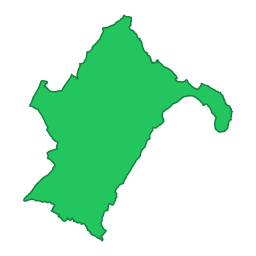 Chocontá, Cundinamarca, Colombia
{"feature_id": "7082276B4059288280821", "entity_name": "Chocontá", "entity_type": "district", "adm_level": 2, "iso_a3": "COL", "parent_name": "Colombia", "parent_adm1": "Cundinamarca", "projection": "mercator", "projection_center": [-73.685, 5.113], "detail": "fine", "context": "isolated", "style": "filled", "palette": "green", "viewbox_px": 256, "rotation_deg": 0, "n_neighbors": 0, "source": "geoboundaries", "source_scale": "gbopen_adm2", "svg_char_len": 5717}
<svg xmlns="http://www.w3.org/2000/svg" viewBox="0 0 256 256"><path d="M104.7,27.9L103.5,27.7L102.9,28.2L102.8,29.3L103.3,30.4L103.3,31.7L100.6,36.8L100.1,38.9L98.2,40.8L96.7,42.7L93.3,45.9L92.5,47.1L92.1,47.3L92.2,48.5L90.9,50.4L89.5,51.5L88.9,51.8L88.4,51.7L88.1,51.9L87.4,51.9L87.0,52.3L86.5,56.4L86.6,57.1L85.8,59.2L84.8,60.4L83.7,62.8L82.1,63.6L79.8,63.8L80.1,65.5L79.7,67.3L78.3,69.5L78.2,70.7L77.7,71.9L77.1,74.9L77.1,75.7L77.6,76.7L77.4,77.4L77.8,78.3L77.5,78.8L76.4,78.0L75.7,77.0L74.0,76.5L71.7,74.6L70.8,76.9L68.7,80.1L64.0,86.5L63.4,87.8L63.0,88.2L62.4,89.7L61.7,90.7L61.3,90.9L59.1,90.8L55.1,91.8L50.8,91.4L49.8,91.0L45.9,86.9L44.4,86.1L45.9,83.8L46.8,83.6L47.0,83.3L47.3,82.4L47.2,81.9L46.1,81.3L42.5,80.7L41.9,80.8L40.9,81.8L39.7,85.6L38.3,88.5L34.8,94.9L33.2,97.2L32.7,99.2L31.2,103.1L29.8,105.4L29.8,105.9L32.3,106.4L35.2,108.4L37.4,109.1L38.0,109.5L40.1,113.0L41.8,115.3L42.6,117.0L43.3,117.8L43.5,118.9L44.9,121.1L45.1,122.4L46.4,124.9L47.3,126.2L47.8,128.0L46.8,129.5L46.7,129.9L47.9,131.3L51.0,136.4L51.4,136.7L52.0,137.0L52.4,137.4L52.4,138.5L55.9,141.5L57.3,141.8L58.0,142.3L56.8,145.7L56.8,147.2L57.2,148.8L49.3,151.3L47.1,153.1L48.1,155.3L48.2,156.0L47.6,157.7L47.9,158.6L49.2,158.9L50.2,159.6L53.9,163.2L54.9,165.1L54.8,165.8L53.0,168.0L52.8,169.5L50.7,172.0L47.6,175.2L44.3,177.0L41.4,179.4L40.5,180.6L37.2,183.5L36.6,184.4L34.9,186.1L34.4,187.7L32.3,190.0L32.2,191.1L31.1,191.7L30.6,192.3L30.5,193.3L29.0,193.9L28.0,195.3L26.7,196.1L25.5,197.8L25.0,198.0L24.3,198.9L23.7,200.2L24.4,201.0L25.3,200.8L26.0,201.0L28.3,200.0L29.6,199.8L30.1,199.3L32.2,199.4L33.2,199.2L34.3,200.0L35.2,200.0L36.0,200.7L37.3,200.8L38.5,200.6L40.6,201.1L41.3,201.6L42.7,202.1L43.6,201.9L43.8,201.6L44.6,201.4L45.4,201.5L45.8,202.0L46.8,202.2L47.7,202.7L49.3,202.1L50.3,202.2L50.9,203.1L51.7,203.8L53.6,204.0L54.7,205.2L54.6,205.9L53.8,206.3L53.4,207.6L52.7,208.2L52.6,208.8L52.8,209.2L52.2,209.8L51.9,210.6L51.4,210.9L59.1,214.9L59.0,215.5L58.4,216.0L58.4,216.4L58.9,216.9L60.7,217.9L61.3,218.5L61.7,219.3L62.8,220.4L64.2,221.2L65.0,221.1L65.9,220.6L66.5,219.8L67.3,219.4L67.4,217.9L70.3,220.6L71.6,219.4L72.2,218.1L72.7,218.1L72.9,218.8L74.0,220.1L73.6,221.4L75.6,221.4L76.8,222.5L78.2,222.9L78.6,222.5L80.5,222.7L81.7,223.7L81.7,224.0L81.4,224.2L81.4,224.3L83.2,223.6L84.1,223.6L85.0,224.5L85.5,225.9L86.4,226.2L86.7,226.6L87.1,227.7L86.9,228.5L87.5,229.0L87.5,230.1L87.8,230.4L88.5,230.6L90.3,231.9L90.4,233.2L91.2,233.6L91.4,234.3L91.8,234.7L95.0,235.9L98.1,238.1L100.8,239.2L102.0,240.6L102.4,240.6L102.6,240.4L102.8,238.8L101.3,236.9L101.1,236.4L103.2,234.7L103.5,233.8L105.1,232.5L105.5,231.4L106.1,230.7L103.6,229.0L103.3,228.6L102.9,227.6L102.0,226.4L101.0,223.0L101.2,222.1L102.2,220.5L101.9,218.7L102.0,217.7L103.3,215.6L103.9,212.8L104.4,211.6L105.6,210.9L107.8,210.2L108.0,209.1L108.4,205.4L109.4,203.8L110.3,204.0L111.7,204.8L112.7,205.1L113.8,203.6L115.3,200.3L115.6,198.6L116.7,197.2L116.4,195.5L116.8,194.2L116.3,193.2L115.4,192.6L115.2,191.9L115.6,189.8L117.1,188.0L118.0,187.1L118.7,185.8L119.5,185.0L121.5,184.0L123.1,183.5L123.3,182.7L124.8,179.5L126.0,177.8L126.9,175.2L129.0,172.7L130.1,171.0L132.2,166.8L135.5,161.9L136.0,160.5L139.7,156.8L140.1,156.0L140.5,155.2L140.4,153.4L142.2,149.7L145.1,146.8L145.8,144.0L146.8,142.0L146.9,140.6L147.1,140.2L147.5,139.9L149.5,139.1L150.0,138.5L149.6,136.5L149.8,134.6L152.5,130.4L153.1,127.8L153.6,127.4L155.2,128.0L156.4,127.9L157.8,126.3L161.1,124.3L163.5,121.8L163.8,121.1L163.7,119.8L162.1,116.2L162.5,113.3L162.9,112.0L165.0,110.6L166.3,109.3L167.8,108.7L170.7,106.3L172.6,104.0L177.0,102.2L183.4,96.8L189.3,95.7L192.1,95.7L192.8,95.9L195.5,97.2L199.9,100.6L200.6,101.7L202.5,103.2L202.8,103.7L202.8,104.7L203.2,105.2L203.9,105.3L206.0,103.8L206.8,104.4L207.6,104.5L208.2,106.3L209.8,107.2L210.3,108.8L211.2,110.3L211.9,113.0L212.1,113.3L213.8,114.3L214.9,116.0L215.9,117.1L216.1,117.6L215.9,118.9L215.6,119.6L215.0,121.4L214.8,123.3L214.8,125.2L215.5,129.1L216.5,129.7L218.1,131.4L218.8,131.8L220.1,132.0L224.5,131.3L225.6,130.4L227.1,128.7L227.6,127.8L228.3,125.3L228.5,122.9L228.9,121.9L230.2,120.0L231.2,119.7L230.7,118.4L231.5,115.9L231.4,113.5L231.6,112.7L232.3,111.6L231.3,111.1L231.2,109.0L230.9,108.5L230.0,107.8L229.9,106.5L229.1,105.8L228.0,105.8L227.5,105.2L226.1,104.3L225.9,103.4L225.3,103.2L225.1,102.1L224.4,100.6L224.5,99.9L223.9,99.8L224.0,98.8L223.6,98.0L223.1,97.8L223.2,96.8L222.8,96.3L222.8,95.6L221.2,94.3L220.4,92.5L219.3,92.7L219.0,92.6L217.4,91.4L216.1,91.2L215.3,90.3L213.2,89.4L211.7,88.4L210.8,88.1L207.9,85.8L207.1,85.7L204.9,85.1L201.5,83.5L201.0,85.6L198.1,89.2L196.7,89.0L195.0,88.4L193.0,87.3L191.3,85.9L189.1,83.6L188.3,83.1L187.7,81.2L186.8,80.0L186.3,79.7L185.3,80.9L184.3,81.5L183.0,81.9L181.9,82.0L177.7,81.6L176.1,80.5L175.4,79.2L175.7,78.7L177.1,78.4L177.2,78.1L175.7,75.4L174.2,74.2L172.5,71.8L169.8,69.5L166.1,67.5L164.5,67.2L163.7,66.7L161.7,64.3L158.6,61.8L158.1,60.3L157.1,60.1L156.7,60.4L157.5,61.2L157.1,62.2L155.9,61.9L155.2,62.6L154.0,63.2L153.5,62.7L152.2,62.0L151.8,62.2L151.8,62.4L150.7,60.8L150.7,60.5L151.1,60.2L151.2,59.8L150.5,59.3L150.6,58.6L150.4,57.6L149.6,56.3L149.1,55.7L148.0,55.4L147.3,54.6L147.2,54.4L147.6,54.0L147.6,53.6L147.1,53.1L146.9,52.6L146.3,52.3L145.4,52.4L145.1,52.0L144.6,51.8L142.3,46.3L141.7,42.5L141.0,41.1L140.1,40.2L139.8,38.6L138.5,38.7L137.8,37.9L137.6,37.1L136.9,35.8L137.0,35.4L136.6,34.4L134.4,32.5L133.7,31.1L131.9,30.1L130.6,30.1L130.0,29.1L129.2,27.0L130.6,25.6L130.9,24.9L130.7,24.5L130.6,23.4L131.3,21.2L131.4,18.5L131.2,17.5L128.6,16.7L126.9,16.9L125.9,16.6L124.0,15.4L123.0,16.9L122.9,18.1L121.1,18.9L119.4,21.0L118.8,21.0L117.4,21.6L116.0,22.6L114.5,24.6L110.7,25.8L107.8,27.4L104.7,27.9Z" fill="#22c55e" stroke="#15803d" stroke-width="1.5"/></svg>